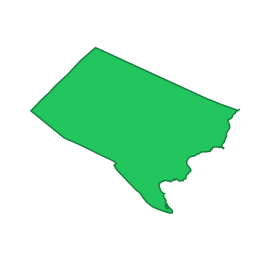 outline of Anoamaa West, Atua, Samoa, rotated 114°
{"feature_id": "51752279B84005486161321", "entity_name": "Anoamaa West", "entity_type": "district", "adm_level": 2, "iso_a3": "WSM", "parent_name": "Samoa", "parent_adm1": "Atua", "projection": "equal_earth", "projection_center": [-171.642, -13.913], "detail": "fine", "context": "isolated", "style": "filled", "palette": "green", "viewbox_px": 256, "rotation_deg": 114, "n_neighbors": 0, "source": "geoboundaries", "source_scale": "gbopen_adm2", "svg_char_len": 2935}
<svg xmlns="http://www.w3.org/2000/svg" viewBox="0 0 256 256"><g transform="rotate(114 128 128)"><path d="M67.8,190.4L86.1,198.9L103.8,205.0L119.1,211.5L128.1,214.5L132.7,216.5L138.2,218.8L151.8,223.7L163.0,182.2L162.9,164.9L163.9,137.5L163.9,134.5L164.0,130.0L164.2,127.3L165.2,124.2L167.7,125.6L170.8,121.2L173.2,115.3L181.1,96.1L181.6,94.2L182.5,90.4L183.0,89.9L184.5,87.3L185.6,85.7L187.1,82.8L188.2,80.4L189.2,76.6L189.9,73.9L190.0,70.9L189.7,63.9L189.4,61.0L189.2,60.9L189.2,59.8L188.9,59.3L189.3,58.9L188.7,58.5L188.8,57.5L189.1,57.0L188.8,55.9L188.5,54.7L188.0,53.8L187.3,53.0L186.8,53.1L186.0,53.6L185.5,53.8L185.1,54.5L184.5,56.2L184.2,56.7L183.9,58.2L183.5,58.9L183.2,59.8L183.2,60.2L183.7,60.3L184.0,59.9L184.4,59.0L184.6,58.7L185.3,58.8L185.6,59.2L185.7,60.2L185.3,61.1L183.9,62.4L183.2,62.8L182.9,62.5L183.5,61.4L182.8,60.0L182.1,60.8L181.1,62.3L180.8,63.0L180.1,64.0L179.4,63.7L179.1,63.8L178.3,64.4L177.8,65.0L177.0,66.4L176.3,67.2L175.7,67.7L174.0,68.5L173.2,68.1L173.3,69.2L172.9,70.1L172.6,71.8L171.4,73.2L170.6,73.9L170.0,74.7L169.5,75.1L167.9,76.5L166.8,76.4L166.6,76.9L166.2,76.6L165.1,76.4L164.3,75.8L162.7,74.9L162.1,74.4L162.3,74.1L161.9,73.8L161.7,73.9L161.0,72.9L160.6,72.6L160.5,72.0L160.3,71.2L160.4,70.7L160.1,70.2L159.6,68.8L159.5,68.0L159.8,67.8L159.7,67.1L159.4,67.1L158.4,66.2L157.9,65.9L157.5,65.6L156.3,63.9L156.0,63.8L155.8,64.3L156.5,65.0L156.4,65.4L155.9,65.2L155.6,64.8L155.7,63.7L155.1,63.3L155.0,62.8L155.0,61.9L155.4,60.8L155.6,59.6L155.3,58.9L154.7,58.6L154.2,58.0L154.0,56.7L153.8,56.3L153.3,56.3L152.7,56.5L152.5,56.4L151.9,55.8L151.2,55.0L150.8,54.7L150.2,54.6L149.6,54.8L148.8,55.2L147.7,55.6L147.1,55.2L146.5,55.3L146.2,54.9L145.5,54.4L144.9,54.5L144.0,54.5L143.1,53.9L142.3,53.4L141.4,53.3L141.0,53.4L139.4,55.4L139.1,55.9L138.9,56.6L138.3,57.4L138.0,58.2L137.8,58.8L136.7,59.8L135.8,60.3L134.2,60.6L131.8,60.6L130.9,60.4L130.0,60.1L129.0,59.4L126.8,56.3L126.0,55.7L125.5,55.0L124.1,54.6L123.0,53.0L122.6,52.6L121.2,52.0L120.4,51.5L119.6,50.2L119.0,49.6L118.1,46.9L117.3,45.9L116.8,45.2L115.9,43.6L115.5,43.3L115.1,43.6L114.3,43.6L114.1,43.3L113.8,43.5L113.1,43.4L113.1,42.8L112.7,43.1L112.4,43.0L111.7,43.0L111.1,42.5L110.4,41.3L109.6,40.3L109.1,38.7L108.6,37.7L108.4,36.9L108.6,36.5L107.7,35.3L107.4,34.5L107.7,33.9L107.7,33.3L108.0,32.6L107.8,32.3L107.4,32.3L107.1,33.2L106.7,34.8L106.4,35.2L106.0,35.3L104.7,35.3L102.9,34.8L101.6,34.2L101.0,34.7L99.5,34.6L98.4,34.9L97.3,34.7L96.5,34.6L96.3,34.7L94.8,35.1L93.4,35.7L92.7,35.9L92.2,35.9L91.5,35.8L90.2,35.8L88.9,35.4L87.8,35.4L87.3,35.2L86.5,35.4L85.8,35.4L85.5,35.7L84.1,36.4L83.5,36.8L82.7,37.7L81.8,39.0L81.1,39.5L80.1,39.6L80.0,40.1L79.4,39.5L78.3,38.6L77.9,38.1L76.4,37.3L75.9,37.3L74.5,37.4L73.2,37.6L71.8,36.8L71.3,36.2L70.9,36.0L70.2,36.1L69.5,36.0L68.9,35.5L68.5,35.7L68.2,35.5L66.9,34.2L66.1,33.8L66.0,34.0L66.7,34.3L67.3,34.9L68.6,52.8L69.2,69.1L67.8,190.4Z" fill="#22c55e" stroke="#15803d" stroke-width="1.5"/></g></svg>